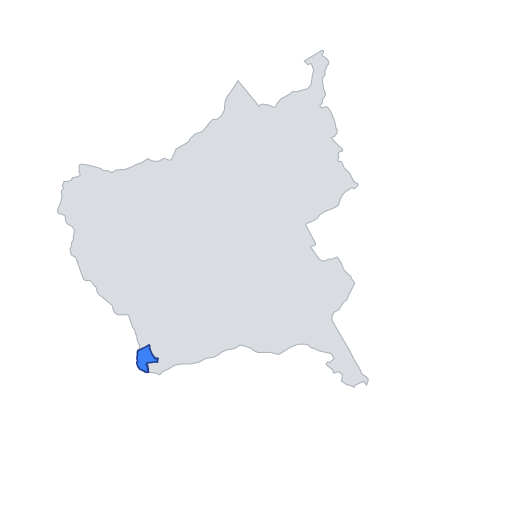 Bosobolo, Équateur, Democratic Republic of the Congo shown in context, rotated 240°
{"feature_id": "63176286B50098701443330", "entity_name": "Bosobolo", "entity_type": "district", "adm_level": 2, "iso_a3": "COD", "parent_name": "Democratic Republic of the Congo", "parent_adm1": "Équateur", "projection": "albers", "projection_center": [19.647, 4.521], "detail": "fine", "context": "in_parent", "style": "filled", "palette": "blue", "viewbox_px": 512, "rotation_deg": 240, "n_neighbors": 0, "source": "geoboundaries", "source_scale": "gbopen_adm2", "svg_char_len": 7704}
<svg xmlns="http://www.w3.org/2000/svg" viewBox="0 0 512 512"><g transform="rotate(240 256 256)"><path d="M416.8,328.1L384.0,333.5L384.7,335.3L384.4,337.2L383.6,338.6L380.3,342.5L375.4,346.2L375.4,347.0L377.9,351.0L379.6,356.4L379.3,366.0L380.0,368.6L379.9,370.6L378.2,372.8L375.0,384.3L377.3,389.8L384.0,394.9L387.8,398.7L394.3,400.0L395.3,399.8L395.7,396.6L400.8,395.3L401.1,415.6L400.7,416.7L399.8,417.0L398.5,416.3L398.1,414.4L396.7,413.6L390.5,416.2L388.9,416.1L387.1,415.7L385.8,414.7L385.5,413.2L381.0,407.3L378.8,407.0L376.2,401.7L366.3,397.9L362.5,397.6L360.5,396.5L358.5,392.3L355.2,389.6L354.4,386.6L353.8,386.2L351.7,386.8L350.1,391.6L347.9,392.7L343.8,392.9L333.6,391.6L326.4,389.2L324.5,389.4L321.6,387.2L320.3,383.6L321.0,380.7L320.4,380.3L309.4,382.8L306.7,384.2L304.2,383.9L303.5,383.1L304.6,381.2L304.0,379.1L303.2,378.1L299.9,377.3L298.9,375.1L296.9,374.7L296.2,375.1L295.7,376.6L294.5,377.2L287.9,376.4L281.1,378.5L271.9,378.0L267.5,380.4L266.9,380.3L265.9,379.1L265.1,375.2L265.5,374.2L266.9,373.4L267.4,371.8L266.9,367.8L267.3,366.9L266.7,364.6L265.4,360.9L263.4,357.9L259.3,353.3L258.5,351.2L258.8,346.1L260.1,338.0L259.9,332.0L258.2,328.1L257.8,323.9L258.9,316.3L257.8,314.5L237.1,313.9L236.2,313.3L235.8,312.3L236.8,307.8L224.1,308.9L220.3,309.8L218.0,311.6L217.2,314.0L217.1,317.3L215.2,320.4L214.6,325.7L211.1,326.3L207.6,326.3L200.9,325.2L194.3,326.6L191.1,328.1L189.4,327.4L183.4,327.9L182.7,327.5L176.0,317.0L173.0,313.5L172.4,311.8L172.6,310.2L171.8,308.0L168.7,302.5L168.1,300.0L168.3,296.1L168.0,294.7L165.1,291.3L163.3,290.2L161.2,289.6L127.4,289.8L116.2,289.1L108.0,289.5L103.9,289.2L102.7,288.7L99.0,289.4L97.0,290.8L94.1,291.5L92.3,291.2L88.8,287.2L93.6,286.6L93.9,286.2L94.4,276.8L93.1,275.4L95.7,273.8L99.9,269.7L103.9,268.3L104.4,267.4L105.3,267.5L106.7,269.2L110.2,271.5L114.5,269.6L114.9,269.0L115.5,265.0L116.6,264.6L118.4,265.5L119.5,265.5L121.4,264.4L126.9,262.4L128.5,265.0L127.0,267.3L127.6,269.0L127.7,271.6L128.6,272.2L133.0,272.5L134.2,271.9L142.9,262.6L145.1,261.6L148.8,257.9L153.6,256.3L155.7,253.4L158.5,248.2L159.7,240.6L159.3,227.6L159.8,225.9L165.5,220.0L171.5,209.4L175.5,206.6L178.5,205.5L183.2,201.6L186.9,197.7L186.4,192.9L187.2,189.0L189.3,184.0L189.9,178.8L189.2,173.2L189.6,168.6L192.3,161.4L192.6,153.0L195.0,146.0L199.9,137.1L202.2,130.5L201.8,124.0L202.4,119.1L202.2,116.3L201.3,113.8L201.7,112.3L203.6,111.7L205.9,109.2L210.0,102.8L214.4,99.7L217.5,98.7L220.8,98.8L222.8,99.3L226.3,101.9L230.2,103.9L233.1,106.4L235.9,110.3L242.9,111.1L245.8,112.5L247.6,113.1L248.3,112.7L249.7,112.9L253.0,114.0L255.6,113.4L268.4,115.9L269.9,114.6L273.4,107.9L276.1,105.6L280.5,105.3L283.9,106.6L285.7,106.6L301.4,100.7L303.4,100.4L309.2,101.8L312.8,100.8L314.4,101.1L317.6,100.1L320.2,96.0L322.3,95.0L344.9,99.2L348.4,97.0L350.0,96.8L355.0,98.3L356.6,100.7L359.6,102.8L361.8,106.3L365.2,108.2L366.9,110.1L368.9,111.4L373.0,111.8L378.2,108.6L381.9,108.8L385.6,110.5L386.9,110.4L389.6,108.5L391.1,106.5L392.5,106.1L394.7,106.9L396.5,108.7L398.1,111.4L403.9,117.3L409.4,119.8L410.8,123.5L412.8,123.1L413.8,123.4L415.2,125.8L416.2,126.2L416.4,127.2L415.1,129.4L413.9,133.6L415.6,136.2L414.2,140.0L413.6,143.9L415.4,144.8L417.7,144.7L419.8,146.7L421.5,147.0L423.2,149.1L422.8,150.9L417.5,157.3L409.5,165.2L406.8,166.1L405.4,167.6L404.4,169.9L402.1,171.8L400.3,172.6L400.2,178.2L397.5,184.0L396.5,185.2L395.1,194.6L395.4,196.3L394.0,204.0L394.4,211.1L390.5,213.4L387.8,217.0L386.6,219.4L386.8,225.2L382.3,228.8L382.0,229.7L383.2,233.7L384.8,234.4L384.9,235.7L388.6,240.1L388.5,253.6L388.8,254.9L390.7,258.1L392.1,264.2L390.7,271.9L395.9,286.1L393.8,291.3L394.9,296.2L398.0,301.4L405.1,306.4L407.0,308.5L408.8,311.3L410.5,315.6L416.8,328.1Z" fill="#d9dde1" stroke="#a8b0b8" stroke-width="1"/><path d="M233.3,106.5L232.9,106.2L232.7,106.0L232.6,105.6L232.4,105.5L232.2,105.2L231.8,104.9L231.6,104.9L231.1,104.8L231.0,104.7L230.7,104.5L230.4,104.3L229.9,104.0L229.7,104.0L229.6,103.9L229.2,103.5L229.1,103.2L228.8,102.9L228.6,102.8L228.4,102.7L228.1,102.7L227.9,102.5L227.7,102.4L227.4,102.2L227.1,101.8L226.9,101.6L226.6,101.5L226.3,101.4L226.2,101.4L225.7,101.3L225.3,101.4L225.2,101.4L224.7,101.2L224.3,100.9L224.0,100.6L223.9,100.5L223.9,100.3L223.7,99.8L223.6,99.6L223.2,99.3L223.0,99.2L222.6,99.1L222.3,99.1L222.1,99.0L221.7,98.9L221.4,98.8L220.9,98.6L220.7,98.6L219.9,98.7L219.5,98.7L219.3,98.6L219.1,98.5L218.9,98.5L218.7,98.4L218.3,98.4L218.0,98.5L217.8,98.5L217.7,98.7L217.3,98.8L217.1,98.8L216.9,98.7L216.6,98.6L216.3,98.6L216.2,98.7L215.8,98.8L215.6,98.9L215.4,99.2L215.2,99.5L214.7,99.8L214.2,100.1L214.0,100.3L213.8,100.4L213.5,100.5L213.4,100.6L213.0,100.8L212.9,100.9L212.7,101.1L212.6,101.6L212.5,101.8L212.3,101.9L212.1,102.0L211.8,101.9L211.4,101.9L211.2,101.9L210.8,102.1L210.7,102.1L210.5,102.3L210.3,102.5L210.2,102.7L210.0,103.0L209.9,103.3L209.8,103.6L209.6,104.0L209.1,104.6L209.1,104.9L209.4,104.9L209.4,105.0L209.5,105.0L209.8,104.9L210.0,104.8L210.1,105.0L210.2,104.9L210.3,105.0L210.5,105.0L210.8,105.0L210.9,105.3L211.0,105.4L211.0,105.5L211.3,105.6L211.5,105.5L211.5,105.8L211.6,106.0L211.9,106.2L212.0,106.1L212.1,106.3L212.4,106.3L212.5,106.1L212.6,106.3L212.7,106.5L212.8,106.5L212.8,106.4L213.0,106.4L213.3,106.3L213.6,106.3L213.7,106.5L213.8,106.6L214.0,106.4L214.1,106.5L214.2,106.8L214.5,106.8L214.6,107.1L214.8,107.1L215.0,107.3L215.3,107.3L215.5,107.4L215.6,107.2L215.9,106.9L216.0,106.7L216.8,106.5L217.0,106.6L217.1,106.8L217.0,107.0L217.0,107.5L217.4,107.8L217.5,107.9L217.8,108.1L217.8,108.3L217.7,108.5L217.3,109.3L217.3,109.5L217.2,109.7L217.1,109.9L216.8,110.5L216.7,110.8L216.3,111.6L216.1,112.2L215.7,113.2L215.5,113.7L215.4,114.0L215.1,114.6L215.0,114.9L214.9,115.0L214.8,115.3L214.8,115.5L214.7,115.6L214.5,115.9L214.3,116.5L214.2,116.7L214.2,116.9L214.0,117.0L213.8,117.0L213.7,117.0L213.6,117.4L213.5,117.7L213.4,117.7L213.4,117.8L213.6,117.9L213.8,118.0L214.1,118.3L214.3,118.3L214.5,118.3L214.8,118.5L215.0,118.6L215.1,118.8L215.4,119.1L215.5,119.2L215.6,119.5L216.0,119.9L216.1,120.0L216.3,119.9L216.2,119.8L216.2,119.7L216.3,119.6L216.3,119.4L216.2,119.4L216.2,119.2L216.3,119.2L216.4,119.3L216.5,119.2L216.6,119.5L216.7,119.4L217.0,119.3L217.0,119.2L216.8,119.2L216.8,118.9L217.0,118.9L217.0,118.3L217.0,118.1L217.2,117.9L217.3,118.0L217.5,117.8L217.5,117.7L217.7,117.4L217.8,117.3L218.0,117.5L218.3,117.6L218.4,117.3L218.4,117.2L218.6,117.2L218.7,117.3L218.8,117.3L218.9,117.2L219.1,117.2L219.1,117.3L219.2,117.2L219.3,117.2L219.4,117.3L219.5,117.2L219.8,117.1L220.0,117.1L220.3,117.2L220.5,117.2L220.8,117.0L221.0,117.3L221.3,117.3L221.3,117.2L221.5,117.3L221.7,117.2L221.9,117.1L222.1,117.0L222.3,117.1L222.5,117.0L222.6,116.9L222.9,116.9L223.0,116.9L223.2,117.0L223.3,117.0L223.6,117.0L223.7,116.9L223.8,117.0L224.0,117.0L224.4,117.1L224.5,117.1L224.7,117.3L224.8,117.3L225.0,117.4L225.3,117.3L225.6,117.3L225.8,117.3L226.1,117.2L226.3,117.1L226.5,117.2L226.8,117.2L227.2,117.5L227.4,117.5L227.5,117.5L227.8,117.7L228.0,117.8L228.1,117.7L228.2,117.4L228.3,117.4L228.5,117.4L229.1,117.8L229.6,118.0L229.9,118.3L230.0,118.3L230.4,118.5L230.7,118.5L230.8,118.5L231.0,118.6L231.2,118.8L231.5,118.9L231.5,119.0L231.7,118.9L231.8,118.9L232.1,119.0L232.4,119.0L232.5,119.0L232.5,118.7L232.5,118.3L232.5,118.0L232.5,117.8L232.5,117.5L232.5,117.2L232.4,116.8L232.5,116.7L232.5,116.2L232.5,115.9L232.5,115.7L232.5,114.9L232.5,114.0L232.5,113.8L232.5,113.5L232.5,113.3L232.5,113.1L232.5,112.9L232.6,112.7L232.6,112.3L232.7,112.0L232.7,111.6L232.8,111.0L232.8,110.9L232.7,110.5L232.7,110.4L232.8,110.4L232.9,110.2L232.9,109.4L232.9,109.1L232.9,108.9L232.9,108.7L232.8,108.3L232.9,108.1L232.9,107.9L232.8,107.5L232.9,107.4L232.9,107.1L233.3,106.5Z" fill="#3b82f6" stroke="#1e3a8a" stroke-width="1.5"/></g></svg>